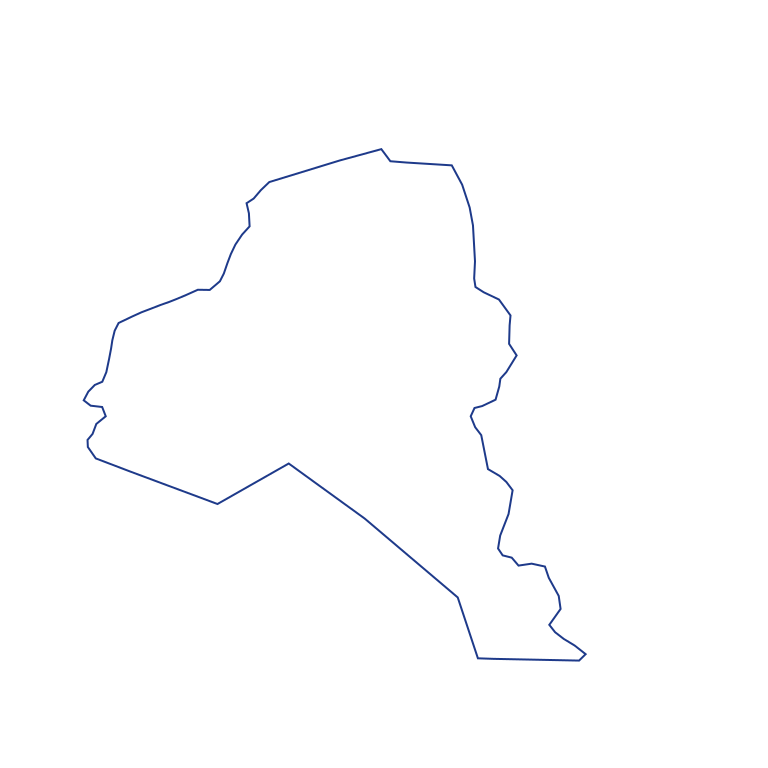 the district of Água Branca, Paraíba, Brazil, rotated 289°
{"feature_id": "56859067B36590895237409", "entity_name": "Água Branca", "entity_type": "district", "adm_level": 2, "iso_a3": "BRA", "parent_name": "Brazil", "parent_adm1": "Paraíba", "projection": "orthographic", "projection_center": [-37.665, -7.486], "detail": "fine", "context": "isolated", "style": "outline", "palette": "blue", "viewbox_px": 768, "rotation_deg": 289, "n_neighbors": 0, "source": "geoboundaries", "source_scale": "gbopen_adm2", "svg_char_len": 1306}
<svg xmlns="http://www.w3.org/2000/svg" viewBox="0 0 768 768"><g transform="rotate(289 384 384)"><path d="M597.9,393.0L612.8,376.9L600.7,333.1L596.7,317.5L605.2,305.0L581.1,269.6L537.6,209.8L527.1,204.4L516.9,200.4L510.2,195.2L501.4,200.7L489.3,205.6L479.1,201.2L467.5,198.1L457.0,196.9L447.6,196.6L436.3,196.6L427.7,195.4L416.2,188.6L412.5,177.3L403.6,167.8L396.3,159.6L391.6,154.1L386.0,147.0L378.4,138.0L372.9,131.4L365.8,123.9L355.3,113.2L346.7,112.0L336.9,112.9L328.7,114.4L318.3,115.9L304.8,117.6L294.4,116.9L289.0,110.9L280.5,106.9L270.8,105.4L268.0,113.7L270.5,125.0L262.9,131.4L252.6,125.0L241.9,124.7L234.6,121.9L228.0,124.5L219.8,135.7L218.6,172.9L216.3,265.6L277.8,319.8L266.8,355.9L250.5,409.5L206.2,523.2L155.2,562.1L159.8,577.1L186.0,658.5L194.2,662.6L198.8,649.4L201.5,636.9L205.0,626.6L210.1,618.7L228.8,624.2L240.5,618.2L254.4,602.9L263.8,595.6L262.2,582.1L256.1,570.3L261.4,561.3L260.6,552.0L265.6,545.4L278.5,543.2L301.6,544.1L325.4,540.2L331.2,531.6L334.7,523.3L337.4,510.0L367.3,492.6L372.8,484.3L381.7,476.5L390.8,477.4L395.1,484.0L405.5,494.6L419.2,493.8L426.9,492.3L435.1,495.8L454.2,500.1L462.7,489.2L480.3,483.7L490.0,481.3L501.3,465.2L503.2,448.4L505.5,438.9L513.1,434.9L529.6,430.1L562.9,416.5L578.8,407.5L597.9,393.0Z" fill="none" stroke="#1e3a8a" stroke-width="2"/></g></svg>